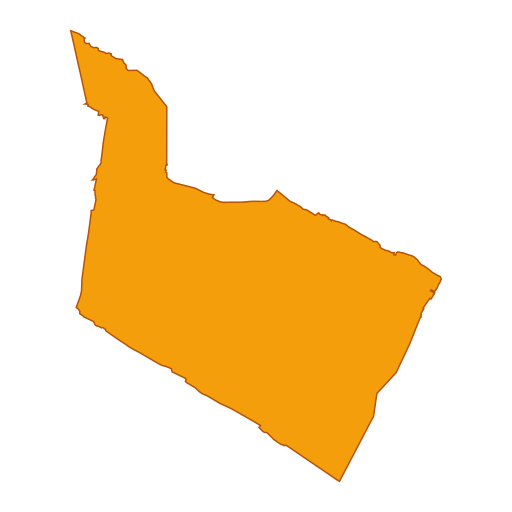 San Pedro Garza García, Nuevo León, Mexico
{"feature_id": "50627088B79821561160297", "entity_name": "San Pedro Garza García", "entity_type": "district", "adm_level": 2, "iso_a3": "MEX", "parent_name": "Mexico", "parent_adm1": "Nuevo León", "projection": "albers", "projection_center": [-100.375, 25.653], "detail": "fine", "context": "isolated", "style": "filled", "palette": "amber", "viewbox_px": 512, "rotation_deg": 0, "n_neighbors": 0, "source": "geoboundaries", "source_scale": "gbopen_adm2", "svg_char_len": 5611}
<svg xmlns="http://www.w3.org/2000/svg" viewBox="0 0 512 512"><path d="M339.5,481.3L371.5,420.1L373.5,416.6L376.9,393.4L396.0,372.8L396.1,372.6L409.7,343.9L419.8,318.5L420.1,317.9L420.8,317.2L421.1,317.1L421.1,315.2L421.2,314.4L421.0,314.1L420.9,313.8L421.6,312.5L422.4,311.0L423.6,309.0L423.8,308.4L423.2,308.0L424.6,305.9L428.8,299.8L429.5,298.9L429.9,298.3L430.9,299.1L431.0,298.9L432.1,297.4L432.9,296.1L433.1,295.2L433.6,294.4L433.9,294.5L434.7,293.0L430.5,290.8L431.1,289.8L432.4,290.5L434.6,291.5L435.4,290.6L436.0,289.6L436.5,288.7L436.8,288.6L437.6,286.7L437.9,286.0L438.1,285.6L438.4,284.7L438.9,283.8L439.3,283.6L441.3,279.1L440.2,276.6L439.9,276.4L437.5,275.4L435.1,274.0L431.8,272.0L430.3,270.6L429.2,269.7L428.7,269.3L424.2,266.1L421.3,264.8L420.7,264.1L417.0,259.5L413.7,256.7L412.7,256.2L412.2,255.9L405.5,253.8L404.7,253.5L403.7,253.1L402.7,252.9L401.6,252.8L400.8,252.5L400.5,252.4L400.2,252.4L399.9,252.4L399.7,252.3L399.0,252.0L398.6,252.0L397.5,252.0L397.1,252.2L396.9,252.4L396.8,252.5L395.5,255.1L394.9,254.9L394.7,254.9L394.3,254.7L393.7,254.5L394.0,253.5L394.3,252.7L393.9,252.8L392.7,252.8L392.1,252.7L391.5,252.5L391.4,252.5L391.1,252.4L390.7,252.2L389.8,251.6L389.1,251.2L387.7,250.8L387.3,250.7L386.5,250.5L385.3,250.2L384.1,249.6L383.4,249.3L382.4,248.9L381.5,248.4L380.3,247.5L380.2,247.2L380.2,246.9L380.1,246.2L380.0,245.4L379.7,244.9L379.0,244.1L378.7,243.8L378.1,243.0L377.7,242.5L377.3,241.9L376.3,241.5L375.9,241.4L374.5,241.6L374.0,241.6L373.5,241.5L372.8,241.1L372.5,240.9L372.0,240.4L371.6,240.1L371.0,239.7L368.3,238.3L365.6,236.7L365.2,236.4L364.0,235.9L363.4,235.6L360.0,233.7L356.4,231.4L353.7,229.7L350.1,227.8L349.0,227.1L347.9,226.3L345.8,224.5L344.9,224.1L342.4,223.3L340.1,222.5L338.7,221.8L337.6,221.6L336.3,221.4L334.9,220.9L331.9,219.9L331.7,220.0L331.3,220.2L331.2,220.7L330.9,220.1L330.6,219.9L330.3,219.6L329.4,219.4L328.3,218.9L328.6,218.0L328.7,217.8L325.3,215.6L325.3,215.2L323.6,215.0L323.0,215.3L322.7,215.5L322.5,214.9L320.3,214.5L319.9,214.4L318.7,212.8L317.5,213.6L315.8,215.1L315.4,215.2L314.6,214.8L307.5,210.4L306.2,209.7L304.3,209.5L303.2,209.1L302.3,208.6L301.7,207.8L300.6,206.8L298.7,205.7L295.8,203.9L295.3,203.8L294.5,203.3L289.7,201.1L287.9,199.5L277.4,190.8L277.0,190.5L275.7,192.3L274.5,194.0L273.4,195.5L271.8,197.2L269.1,200.0L267.5,200.8L266.4,201.1L265.3,201.3L262.3,201.4L260.4,201.4L255.1,201.3L251.4,201.4L249.1,201.5L246.5,201.8L244.3,202.0L242.9,202.1L241.2,202.2L235.5,202.2L232.7,202.2L227.5,202.3L227.1,202.3L223.8,202.3L222.4,202.3L220.8,201.9L219.0,201.3L217.4,200.7L214.9,199.5L213.6,198.4L212.4,197.5L212.9,196.5L213.2,196.0L213.9,194.9L213.5,194.9L213.0,194.8L209.1,194.1L207.4,193.5L204.8,192.8L202.6,191.9L199.7,190.4L195.7,188.4L188.0,186.3L184.4,185.4L182.7,185.0L174.0,182.8L173.9,182.8L172.0,181.4L171.3,181.0L170.8,180.7L170.4,180.4L170.1,180.2L169.9,180.0L169.5,179.8L169.2,179.5L168.7,179.2L168.4,178.9L168.0,178.5L167.6,178.2L167.3,177.9L166.9,177.6L166.9,176.8L166.8,173.4L166.8,173.0L166.7,172.7L166.0,172.4L165.9,172.3L165.8,172.1L165.8,171.7L166.1,170.1L165.1,169.9L165.4,168.2L165.5,167.7L165.7,167.0L165.8,166.0L165.9,165.1L166.1,165.1L166.9,165.2L167.0,164.8L166.8,164.8L166.9,164.3L166.7,164.3L166.7,161.9L166.7,160.3L166.7,160.0L166.8,106.7L154.1,90.7L151.6,83.9L147.3,77.9L145.0,76.4L140.6,73.0L137.0,70.3L128.3,70.5L126.4,68.7L126.0,65.1L123.7,62.6L122.5,59.5L115.8,58.6L111.0,55.5L111.3,53.9L108.9,53.0L107.5,53.3L106.5,53.5L103.6,52.0L102.5,51.8L100.3,51.2L98.4,50.3L98.2,48.4L96.5,47.4L93.6,47.7L92.4,47.2L90.6,46.2L90.0,45.0L89.4,44.1L89.0,43.3L86.4,43.5L84.6,42.5L84.2,40.6L84.0,39.2L85.0,38.2L83.4,37.0L78.7,33.7L70.7,30.7L71.9,35.7L82.5,83.1L86.5,101.2L86.8,103.0L85.0,104.0L86.0,104.0L87.2,104.2L87.1,104.3L87.6,104.6L88.2,104.8L87.9,106.1L89.4,106.5L91.1,107.5L91.6,108.1L92.1,108.4L94.3,109.6L96.5,110.5L98.7,111.4L98.7,111.9L98.1,115.1L98.5,115.2L98.8,115.2L99.2,115.3L99.5,115.3L99.8,115.3L100.2,115.1L100.9,114.9L102.5,114.8L102.7,115.3L103.3,117.4L103.7,118.6L104.8,118.7L104.9,117.3L105.0,117.0L106.1,117.3L107.6,118.1L106.9,121.5L106.5,123.6L106.1,125.9L105.7,128.1L105.2,130.9L105.2,131.2L105.0,131.9L104.8,133.0L104.7,133.7L104.7,134.1L104.5,135.2L104.2,136.6L103.4,141.9L103.3,142.1L103.2,143.6L103.1,143.9L103.0,145.4L102.9,146.1L102.8,147.1L102.6,148.8L102.4,150.4L102.2,152.1L101.9,154.5L101.6,157.0L101.4,158.5L101.2,159.2L101.1,160.0L101.1,160.9L101.2,162.6L101.1,162.8L100.2,164.3L99.1,165.7L97.7,167.7L96.8,169.0L96.4,174.3L96.2,174.5L96.0,174.8L95.8,175.2L95.3,175.8L94.5,176.9L93.2,179.0L92.9,179.6L92.5,179.9L93.3,179.9L94.3,179.7L95.5,179.3L96.5,178.9L94.0,190.2L94.5,190.2L94.9,190.3L95.1,194.7L95.4,195.6L95.5,195.8L95.6,198.2L96.0,199.4L95.6,201.6L93.9,209.9L91.2,210.5L91.1,211.2L91.2,213.0L90.7,216.3L90.0,222.0L89.0,229.3L88.5,233.2L86.3,246.6L81.9,279.7L81.7,286.4L81.5,290.9L80.5,295.6L78.9,300.1L76.2,307.5L78.6,309.3L79.3,310.6L79.8,311.2L79.8,311.8L79.8,313.8L82.8,315.7L84.0,317.0L93.5,321.5L93.8,321.9L94.5,323.8L95.1,324.9L95.7,325.3L96.3,325.8L97.7,326.2L98.9,326.5L99.5,326.6L100.1,327.2L101.7,327.9L102.4,327.6L103.0,327.6L105.5,329.5L106.0,331.0L119.6,340.4L125.6,344.3L129.1,346.9L133.4,349.4L139.1,352.3L156.7,362.6L160.9,364.9L163.2,365.8L165.9,366.4L171.5,368.7L171.5,370.1L172.2,371.9L185.5,378.4L186.0,379.3L185.4,381.4L186.4,382.5L195.0,387.6L199.5,391.8L202.6,393.9L207.0,395.7L220.1,403.5L230.8,408.4L249.7,419.1L260.5,425.5L259.0,427.5L262.3,430.9L264.2,432.3L266.4,432.5L267.2,432.8L273.7,439.4L277.6,442.2L281.3,444.6L282.7,444.7L284.0,445.7L286.1,445.2L336.3,479.4L339.5,481.3Z" fill="#f59e0b" stroke="#b45309" stroke-width="1.5"/></svg>